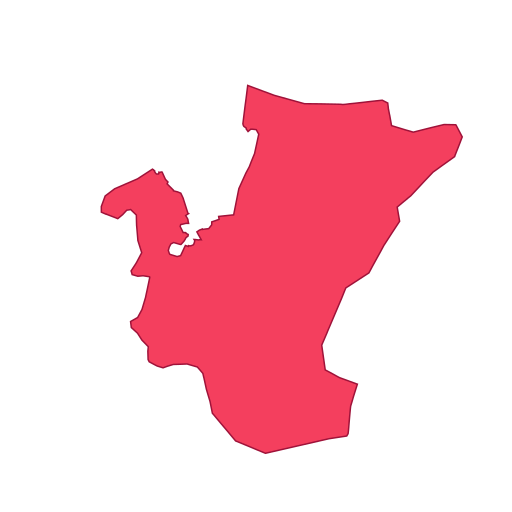 the district of Sanhan wa Bani Bahlul, Sana'a, Yemen, rotated 17°
{"feature_id": "15242507B89205574884990", "entity_name": "Sanhan wa Bani Bahlul", "entity_type": "district", "adm_level": 2, "iso_a3": "YEM", "parent_name": "Yemen", "parent_adm1": "Sana'a", "projection": "mercator", "projection_center": [44.289, 15.226], "detail": "fine", "context": "isolated", "style": "filled", "palette": "rose", "viewbox_px": 512, "rotation_deg": 17, "n_neighbors": 0, "source": "geoboundaries", "source_scale": "gbopen_adm2", "svg_char_len": 4411}
<svg xmlns="http://www.w3.org/2000/svg" viewBox="0 0 512 512"><g transform="rotate(17 256 256)"><path d="M395.1,135.4L400.8,124.0L403.4,120.6L407.3,115.4L416.9,102.9L416.9,101.7L417.8,90.4L418.4,81.8L408.9,72.2L408.7,72.1L407.9,72.3L397.4,75.3L390.8,79.2L386.2,81.9L376.6,87.7L370.5,91.4L370.1,91.6L369.8,91.6L366.3,91.6L362.5,91.7L360.3,91.7L353.2,91.7L347.5,91.7L342.8,82.5L342.1,81.3L340.0,77.3L339.9,77.3L338.5,74.0L337.5,71.8L337.3,71.2L331.2,70.1L321.8,74.1L312.9,78.0L305.5,81.2L300.7,83.2L297.4,84.7L294.6,85.8L292.8,86.1L273.1,91.7L257.8,96.2L226.9,97.0L226.3,97.0L218.3,96.5L214.3,96.3L201.3,95.5L198.2,95.3L200.4,107.9L201.5,114.6L203.7,127.2L204.8,133.4L205.6,134.7L206.5,135.6L208.9,136.4L209.3,136.6L209.5,137.4L212.0,139.3L213.9,136.3L215.5,135.8L216.1,135.7L219.3,135.1L221.4,137.2L223.0,138.7L223.8,147.9L224.6,157.6L224.7,158.2L224.1,164.7L223.9,166.9L223.5,172.6L222.1,179.6L219.9,196.6L222.6,223.2L220.9,223.9L211.7,227.8L208.7,229.1L210.0,231.7L207.6,233.5L205.4,235.1L205.2,235.2L204.0,236.1L203.7,236.3L204.3,238.4L204.4,238.8L204.5,239.3L204.2,240.0L204.0,240.5L203.9,240.7L203.5,241.8L203.4,242.0L203.3,242.3L202.8,243.6L202.2,243.9L199.9,244.9L196.9,246.3L196.7,245.9L195.0,247.3L194.5,247.6L194.4,247.8L193.7,248.5L193.5,248.8L193.0,249.5L192.9,249.6L192.4,250.2L194.5,252.3L195.1,252.9L195.6,253.3L198.9,256.5L197.4,256.9L196.3,257.5L193.5,257.9L191.9,258.3L193.0,259.3L193.1,261.8L193.0,262.5L193.0,263.2L192.7,263.7L191.3,264.9L190.1,265.6L188.9,265.8L188.4,265.8L188.4,266.7L185.4,266.6L185.4,266.8L185.1,268.4L184.4,273.6L183.8,277.7L180.7,279.6L176.9,279.6L173.1,279.6L172.2,278.7L170.5,276.3L170.5,274.6L170.4,273.0L171.1,269.3L172.8,267.7L173.3,267.2L179.8,267.1L180.1,267.1L180.9,266.9L182.1,264.4L182.9,262.6L183.4,260.6L183.4,260.4L183.7,258.9L185.2,256.8L185.1,256.5L185.0,255.4L184.5,255.1L183.8,255.1L182.5,254.7L182.3,254.4L181.9,254.2L181.7,254.4L181.1,254.4L180.3,254.6L180.2,254.6L179.5,254.9L176.9,252.1L174.8,249.9L174.8,248.5L174.8,247.9L176.9,246.8L177.2,246.6L178.9,245.6L179.7,245.2L180.7,244.9L182.0,244.5L181.0,242.7L180.2,241.0L180.1,240.9L179.7,240.4L179.1,239.8L178.3,239.1L177.6,238.5L176.9,237.9L178.7,235.6L179.1,235.2L178.4,235.0L177.0,233.0L169.6,222.3L169.6,222.2L168.0,220.4L165.7,217.9L162.3,217.6L160.3,217.7L158.0,217.8L157.8,217.2L149.9,213.0L150.1,211.5L150.2,211.0L146.9,209.1L144.6,206.5L141.7,203.2L141.4,203.2L141.3,203.3L141.1,203.3L140.8,203.4L140.6,203.5L140.1,203.8L139.9,203.9L139.7,204.1L139.5,204.4L138.7,204.2L138.8,206.1L137.8,206.4L137.2,206.6L136.8,206.7L135.9,206.2L135.0,205.5L134.4,205.0L134.3,204.3L133.9,204.2L133.7,204.0L133.3,204.0L132.8,203.5L132.1,203.4L131.6,203.2L120.1,216.9L111.8,224.0L110.8,224.8L108.4,226.9L101.2,233.0L94.2,242.7L93.6,253.9L95.3,259.3L100.5,259.9L100.6,259.7L102.3,259.9L109.2,260.4L110.7,260.5L112.7,260.7L112.9,260.7L116.4,255.4L119.0,250.0L121.7,248.7L122.5,248.2L129.4,251.7L129.6,251.8L131.7,258.2L133.0,262.0L133.2,262.4L137.6,273.4L138.5,275.7L145.7,286.2L145.7,286.5L143.8,296.4L143.4,298.2L140.9,306.8L141.9,308.2L143.0,310.0L148.9,309.9L153.8,307.9L155.2,307.7L160.3,307.0L160.7,307.6L160.7,307.9L161.9,321.1L162.2,324.9L162.5,328.0L162.5,329.0L162.6,340.5L160.8,349.4L155.2,355.3L157.7,360.9L164.1,363.9L165.3,364.5L171.5,369.8L178.4,373.6L179.5,374.2L180.4,378.6L183.1,386.6L184.8,388.4L190.9,389.6L193.7,390.1L199.8,390.1L203.4,387.4L204.3,386.8L208.0,384.3L208.6,383.9L215.4,381.6L221.7,379.4L221.8,379.4L224.3,379.4L232.4,379.3L233.8,380.2L235.6,381.3L239.5,383.8L241.1,386.6L241.9,387.9L245.6,394.5L247.5,397.9L250.8,402.9L254.6,408.6L260.3,419.2L261.2,419.7L271.6,426.5L272.4,427.0L278.6,431.0L290.1,438.5L290.5,438.8L305.5,440.2L307.5,440.4L313.3,441.0L322.7,441.9L379.2,409.4L389.4,404.5L393.8,402.4L395.4,401.6L395.5,401.0L395.7,400.4L395.9,399.5L396.0,398.9L395.5,396.2L394.9,393.3L393.9,388.8L391.8,378.9L390.8,374.0L390.4,371.8L390.4,368.5L390.4,368.0L390.3,362.1L390.4,349.7L390.4,349.0L390.4,348.9L389.5,348.9L379.0,348.3L371.4,347.9L368.8,347.4L363.7,346.3L357.7,345.1L355.5,344.7L347.7,328.0L344.9,322.0L346.3,309.3L346.5,306.8L349.7,276.6L350.2,272.0L351.2,260.3L368.3,239.9L368.9,239.2L369.5,236.3L370.4,231.6L374.0,214.5L375.2,208.4L375.8,206.4L379.1,194.8L383.2,180.8L378.1,170.7L377.2,168.9L376.7,167.9L377.0,167.5L377.2,167.2L381.8,160.1L382.0,159.9L384.5,156.0L386.4,153.2L392.2,141.4L395.1,135.4Z" fill="#f43f5e" stroke="#9f1239" stroke-width="1.5"/></g></svg>